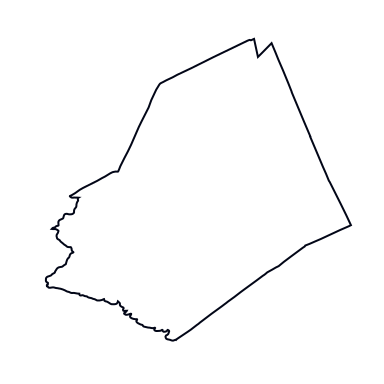 the district of Tan Hong, Ðong Tháp, Vietnam, rotated 264°
{"feature_id": "81297802B34572770830938", "entity_name": "Tan Hong", "entity_type": "district", "adm_level": 2, "iso_a3": "VNM", "parent_name": "Vietnam", "parent_adm1": "Ðong Tháp", "projection": "equal_earth", "projection_center": [105.442, 10.879], "detail": "fine", "context": "isolated", "style": "outline", "palette": "ink", "viewbox_px": 384, "rotation_deg": 264, "n_neighbors": 0, "source": "geoboundaries", "source_scale": "gbopen_adm2", "svg_char_len": 5623}
<svg xmlns="http://www.w3.org/2000/svg" viewBox="0 0 384 384"><g transform="rotate(264 192 192)"><path d="M331.7,286.7L322.8,275.9L319.4,271.7L337.8,269.7L337.6,269.0L337.2,268.0L336.8,266.8L336.8,266.2L337.1,265.7L337.2,265.3L337.2,264.9L337.1,264.6L336.7,263.1L324.0,227.7L318.2,212.2L315.2,204.2L310.1,189.6L308.1,184.8L305.8,178.2L304.4,174.8L303.6,172.6L303.1,171.6L302.2,170.7L297.5,167.1L287.6,161.1L280.6,157.7L267.0,148.9L262.2,145.9L245.4,136.4L239.1,132.5L232.8,128.3L225.1,123.4L222.0,121.8L220.3,120.8L220.0,120.4L220.3,118.3L220.2,116.5L220.0,115.0L219.1,112.6L216.5,107.2L215.2,103.9L213.0,98.9L208.8,87.7L207.4,84.0L205.9,80.6L203.0,75.5L201.4,72.0L200.8,70.2L200.5,70.1L200.3,70.2L199.6,70.9L199.2,71.4L198.9,72.1L198.8,73.1L198.8,74.3L198.7,74.9L198.5,76.2L198.5,76.9L198.3,77.9L198.2,78.5L198.1,78.3L197.7,77.9L197.2,77.8L196.3,77.7L196.0,77.8L195.5,77.8L195.3,77.8L194.5,77.2L194.2,76.9L193.1,76.3L191.8,75.8L190.4,75.6L189.3,75.3L188.6,74.7L187.5,73.6L187.0,73.2L186.5,73.0L185.6,72.7L184.3,72.6L183.7,72.4L183.5,72.2L183.0,71.5L182.7,71.0L182.6,70.5L182.5,70.1L182.5,69.4L182.5,68.4L182.6,67.6L182.9,66.6L183.4,65.3L183.4,64.7L183.4,63.9L183.2,63.3L183.0,62.9L182.7,62.6L181.6,62.0L179.7,61.3L179.3,61.0L179.0,60.5L178.0,57.5L177.5,56.8L177.0,56.4L176.5,56.1L175.8,55.9L172.9,55.8L172.7,55.7L172.5,55.4L172.4,54.8L172.3,53.8L172.1,53.2L171.4,52.3L171.2,52.0L171.1,51.8L170.9,50.2L170.7,49.6L169.9,48.7L169.6,50.0L169.6,50.4L169.5,51.6L169.4,52.2L169.2,52.8L168.7,53.6L167.6,55.0L167.4,55.1L167.1,55.1L166.2,54.7L165.7,54.5L165.0,54.1L164.3,53.5L163.6,53.0L162.9,52.8L162.4,52.7L162.1,52.7L160.0,53.0L159.6,53.2L158.9,54.0L158.5,54.6L158.0,55.2L157.7,55.5L156.8,55.9L156.2,56.4L155.2,57.4L154.7,57.9L154.2,58.4L153.4,59.1L152.8,59.7L152.1,60.7L150.9,61.8L150.4,62.5L150.2,63.2L150.0,64.1L149.9,65.4L149.8,65.6L149.7,65.8L148.7,66.2L148.3,66.3L147.2,66.3L146.7,66.3L146.1,66.5L145.4,66.9L144.8,67.6L144.6,67.7L144.4,67.7L144.1,67.2L143.7,65.7L143.4,65.1L142.9,64.5L142.5,64.2L141.8,63.8L140.9,63.5L140.4,63.3L139.9,62.9L139.5,62.6L139.2,62.0L138.7,61.5L138.2,61.1L137.6,60.7L136.8,60.3L135.1,59.6L134.3,59.3L133.7,59.1L133.5,58.9L133.3,58.8L133.0,58.0L132.5,57.0L131.5,55.5L131.3,55.0L131.2,54.4L131.2,53.5L131.1,52.7L131.0,51.7L130.7,50.9L130.3,50.2L129.8,49.6L129.3,49.2L127.3,47.6L126.7,47.3L126.3,47.2L126.2,47.1L126.0,46.8L125.8,46.5L125.2,45.0L124.9,44.4L124.6,44.0L124.0,43.4L123.8,43.1L123.4,41.8L122.9,39.5L122.5,38.7L122.0,38.2L121.6,37.9L121.1,37.7L120.5,37.6L120.1,37.6L119.0,37.4L118.5,37.5L118.0,37.7L117.5,38.2L117.0,38.9L116.7,39.2L116.4,39.2L115.3,39.0L115.1,38.9L115.1,38.7L115.1,38.3L114.5,37.9L113.4,37.9L113.2,38.5L112.6,38.9L112.0,39.3L111.7,40.0L111.6,40.8L111.7,43.2L111.6,44.2L111.5,44.7L110.8,46.5L110.5,47.7L110.3,48.6L110.0,49.4L109.8,50.2L109.5,51.2L108.6,53.3L107.5,55.3L106.4,56.9L106.0,57.6L105.7,58.5L105.5,59.1L104.5,60.8L104.2,61.5L104.1,62.3L104.0,63.5L103.9,64.3L103.2,66.7L102.9,67.8L102.8,68.6L102.6,69.2L102.6,69.3L101.8,69.3L101.2,69.6L100.8,70.1L100.7,70.6L100.8,72.3L100.6,72.9L100.4,73.4L100.0,73.9L99.7,74.5L99.2,76.4L99.2,76.5L98.9,76.8L98.4,77.3L97.9,78.1L97.5,79.2L97.0,80.8L96.7,81.4L96.2,82.2L95.5,84.1L94.4,85.8L94.1,86.2L93.9,87.6L93.8,88.8L93.9,90.1L94.1,91.5L94.2,91.9L94.6,92.6L94.7,93.3L93.6,93.5L93.0,93.6L92.6,94.1L92.3,94.6L92.0,95.6L91.7,96.2L91.4,96.7L90.9,97.3L90.4,98.0L89.7,98.8L89.2,99.5L88.8,100.4L88.6,102.0L88.5,103.6L88.6,104.7L88.9,105.5L89.5,106.1L90.5,106.7L91.0,106.9L90.8,107.1L90.2,107.6L89.6,108.1L89.1,108.5L88.8,108.6L87.1,108.5L86.4,108.8L86.0,109.1L85.4,109.8L84.9,110.5L84.5,111.3L84.2,111.7L84.0,111.8L83.8,111.8L83.4,111.8L83.1,111.6L82.7,111.3L82.2,111.1L81.8,111.1L81.2,111.3L80.8,112.0L80.8,113.2L80.7,114.7L80.4,114.5L79.3,113.2L79.0,112.6L78.9,112.3L78.6,111.9L78.1,111.8L77.5,112.4L76.9,113.2L76.7,114.2L76.8,115.8L76.9,116.2L77.2,117.5L77.3,117.9L77.3,118.5L77.2,118.7L76.4,118.6L76.1,118.3L75.9,118.0L75.4,117.6L75.0,117.5L74.6,117.4L73.8,117.6L73.2,118.2L72.7,118.9L72.2,119.9L71.8,120.9L71.7,121.4L71.3,122.9L71.3,123.8L71.2,124.0L70.9,124.1L70.6,124.0L70.0,123.5L69.5,123.2L68.9,123.2L68.3,123.5L67.7,124.0L67.1,124.7L65.7,126.9L65.4,127.6L65.2,128.2L65.0,128.7L64.7,128.9L64.5,129.1L64.0,129.3L63.5,129.6L63.1,130.3L62.0,133.5L61.8,134.1L61.6,135.2L61.4,136.1L61.0,137.2L60.7,138.7L60.7,139.7L60.9,140.6L60.8,141.0L60.6,141.1L59.8,140.5L59.5,140.2L59.1,140.1L58.6,140.2L58.1,140.6L57.8,141.1L57.5,141.9L57.4,142.9L57.3,144.7L57.3,145.9L57.5,146.7L58.0,147.7L58.0,148.0L57.9,148.2L57.7,148.2L57.4,148.2L56.9,148.3L56.4,148.7L56.0,149.2L55.9,150.0L55.9,150.8L56.1,151.7L56.3,152.4L56.8,152.8L57.2,153.1L57.4,153.3L57.4,153.5L56.6,154.5L56.2,154.7L55.8,154.7L55.5,154.6L54.9,154.3L53.4,153.6L53.1,153.3L52.5,152.5L52.4,152.2L52.1,151.3L51.8,151.0L51.4,150.8L50.9,150.5L50.2,150.6L49.6,150.7L48.9,151.0L48.4,151.6L48.0,152.4L47.7,153.5L47.2,154.9L46.8,155.6L46.4,156.5L46.2,157.3L46.2,157.9L46.4,158.7L46.7,159.9L46.8,160.1L46.7,160.3L46.5,160.6L47.1,161.3L47.4,161.7L53.4,173.1L55.2,176.4L59.4,183.2L60.1,184.5L61.4,186.4L67.4,196.3L68.8,198.6L75.2,209.7L77.2,213.0L77.7,213.9L79.3,216.4L83.2,223.2L87.4,230.0L89.4,233.4L97.3,247.0L101.3,253.7L102.1,255.3L103.2,257.0L104.2,258.4L106.4,263.6L108.2,267.6L109.2,270.4L112.9,276.0L117.4,283.5L125.0,296.4L126.1,298.5L126.9,299.0L128.1,303.4L130.1,309.7L131.8,315.2L138.7,335.3L141.6,344.5L142.4,346.6L152.5,343.1L164.5,338.7L187.6,330.0L188.9,329.3L196.1,327.2L203.5,324.8L224.9,318.3L234.7,315.3L234.8,315.5L250.8,310.6L280.8,301.6L281.3,301.6L289.9,299.2L303.5,295.2L314.7,291.7L321.4,289.8L331.7,286.7Z" fill="none" stroke="#020617" stroke-width="2"/></g></svg>